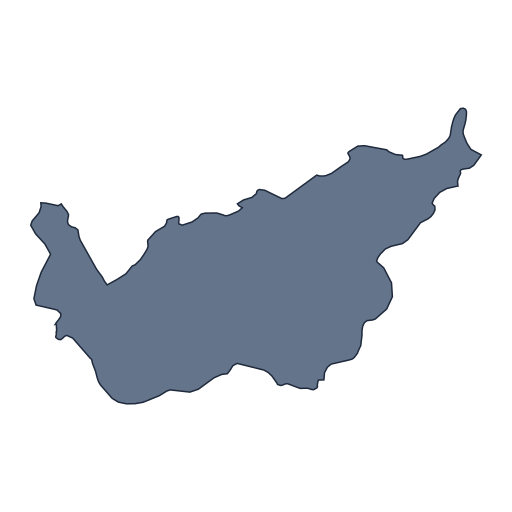 an SVG outline of Valais
{"feature_id": "CHE-165", "entity_name": "Valais", "entity_type": "Canton", "adm_level": 1, "iso_a3": "CHE", "parent_name": "Switzerland", "parent_adm1": "", "projection": "albers", "projection_center": [7.65, 46.266], "detail": "fine", "context": "isolated", "style": "filled", "palette": "slate", "viewbox_px": 512, "rotation_deg": 0, "n_neighbors": 0, "source": "natural_earth", "source_scale": "10m", "svg_char_len": 3199}
<svg xmlns="http://www.w3.org/2000/svg" viewBox="0 0 512 512"><path d="M318.4,380.1L318.1,380.8L317.3,384.7L317.5,386.6L316.9,387.9L313.6,389.7L312.1,389.6L307.4,388.2L300.1,388.4L287.5,383.7L284.9,384.0L282.9,385.0L280.7,385.5L277.5,384.4L277.1,383.4L272.1,376.2L268.2,372.5L264.0,370.1L237.2,363.4L232.8,365.7L230.2,370.0L227.4,373.7L221.8,374.4L214.0,377.8L198.4,389.2L189.9,392.1L170.1,389.9L166.7,391.1L159.3,395.7L143.0,402.3L135.0,403.7L126.4,403.8L118.3,402.1L112.2,398.4L100.5,385.0L98.7,382.0L97.3,378.1L95.5,371.2L92.5,363.3L91.6,359.3L90.4,358.4L72.7,338.1L66.8,335.4L64.6,336.3L62.7,338.2L60.7,339.7L58.2,339.3L55.9,337.5L55.7,336.4L56.3,334.8L56.2,331.8L56.6,331.5L56.5,327.5L56.1,323.8L55.4,324.1L56.6,322.2L58.7,319.6L60.6,316.7L60.9,313.8L56.9,309.9L36.1,305.1L33.9,298.7L36.5,285.7L41.2,272.2L50.6,254.2L44.8,243.9L35.6,233.9L30.7,225.2L32.2,220.9L39.1,212.8L41.1,206.5L40.8,202.8L45.8,203.1L58.2,205.7L61.3,203.9L63.0,206.6L66.9,211.3L68.5,214.5L68.4,216.5L67.8,219.0L67.5,221.8L68.4,224.6L71.6,226.9L75.1,227.7L77.9,229.9L79.0,236.6L80.2,240.1L96.6,269.3L102.4,277.2L104.3,281.0L107.2,284.9L117.3,279.3L126.0,273.7L132.2,266.0L135.2,264.7L140.3,259.7L143.9,254.5L147.1,249.2L148.1,246.3L147.6,241.3L147.8,240.1L152.3,235.2L155.5,231.6L164.6,226.2L166.6,222.8L166.7,221.5L166.9,220.4L167.2,219.8L168.1,219.3L176.6,216.5L178.2,216.5L178.9,217.3L179.0,220.0L178.8,221.9L178.7,223.1L179.0,224.0L180.6,224.4L182.1,225.2L192.0,222.0L198.0,217.9L200.5,214.8L201.1,214.3L201.7,213.9L205.4,213.1L216.8,213.0L223.1,214.9L223.8,215.3L225.3,215.7L226.9,215.7L229.2,215.1L238.5,211.1L242.3,207.7L238.9,205.8L237.4,203.8L243.4,200.0L252.2,197.3L253.0,196.4L255.8,194.2L256.4,193.4L256.7,192.0L257.1,190.9L257.9,190.2L259.2,189.5L264.6,190.2L281.9,198.6L285.0,198.3L316.7,175.1L319.7,176.0L323.7,176.0L326.0,175.6L331.5,173.4L341.1,166.6L348.2,161.9L349.0,160.8L350.0,158.9L350.0,157.7L349.6,156.5L349.0,155.2L348.3,154.1L347.9,153.3L348.0,152.8L348.4,152.2L349.3,151.4L357.8,146.1L364.5,145.7L386.7,149.8L389.0,151.8L395.3,154.5L402.2,155.2L402.6,155.4L402.7,156.1L402.7,157.1L402.9,158.3L403.8,158.9L405.1,159.3L406.6,159.3L420.2,156.4L426.4,154.1L438.4,147.3L441.1,144.9L445.2,142.2L447.8,139.4L449.2,137.5L450.2,135.4L451.5,127.0L453.0,121.1L454.0,118.1L455.5,114.9L460.4,108.6L463.3,108.2L465.4,109.2L466.0,110.2L466.5,111.8L466.4,115.0L465.9,119.7L465.0,123.8L463.2,130.0L463.0,131.8L463.3,134.0L464.1,136.4L466.9,143.2L470.9,149.4L481.3,154.9L473.8,165.3L469.4,168.2L463.5,169.0L461.2,169.7L460.3,170.6L460.2,171.5L460.5,172.2L460.6,173.0L460.5,173.8L459.2,176.4L458.1,179.1L457.5,181.5L457.8,184.4L457.8,185.9L457.9,186.0L446.8,188.5L439.7,192.4L434.2,198.4L432.1,203.2L433.1,204.8L434.8,206.1L435.0,210.0L433.4,213.4L430.9,216.6L427.9,218.9L420.5,222.7L407.8,239.8L402.4,243.6L391.1,246.3L385.4,248.9L380.3,254.1L377.7,257.9L376.6,261.1L377.6,262.5L383.7,267.8L391.5,282.8L392.4,296.7L386.7,309.0L375.3,319.0L372.5,320.0L367.1,320.6L364.4,322.6L362.6,326.5L362.0,330.9L362.0,335.1L360.7,345.9L360.2,346.7L357.7,352.3L357.5,353.2L354.2,357.5L352.3,359.0L349.8,359.8L331.2,364.1L327.4,367.2L324.5,372.7L323.9,379.9L318.4,380.1Z" fill="#64748b" stroke="#1e293b" stroke-width="1.5"/></svg>